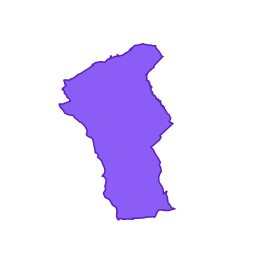 Davidesti, Arges, Romania (Mercator projection), rotated 298°
{"feature_id": "2599482B43743362823664", "entity_name": "Davidesti", "entity_type": "district", "adm_level": 2, "iso_a3": "ROU", "parent_name": "Romania", "parent_adm1": "Arges", "projection": "mercator", "projection_center": [25.041, 45.006], "detail": "fine", "context": "isolated", "style": "filled", "palette": "violet", "viewbox_px": 256, "rotation_deg": 298, "n_neighbors": 0, "source": "geoboundaries", "source_scale": "gbopen_adm2", "svg_char_len": 5776}
<svg xmlns="http://www.w3.org/2000/svg" viewBox="0 0 256 256"><g transform="rotate(298 128 128)"><path d="M78.5,207.0L78.5,205.7L78.1,204.8L78.0,203.6L79.1,202.3L80.6,199.3L80.9,198.3L81.6,197.8L83.2,196.7L83.9,196.1L84.7,195.8L86.7,193.7L87.4,192.7L90.2,192.0L89.9,191.5L88.9,191.2L87.9,190.7L86.8,190.4L86.6,190.1L87.6,189.6L90.0,188.0L90.8,187.2L91.7,186.2L92.2,185.5L93.1,183.6L94.1,182.3L94.5,181.2L95.4,180.4L97.0,179.3L99.7,177.9L100.8,177.9L103.1,177.5L104.3,177.7L104.7,177.8L105.0,177.9L105.3,177.8L107.1,176.3L108.2,175.7L108.5,175.3L109.5,173.6L110.2,173.1L113.1,172.5L113.5,172.0L114.0,170.8L115.3,169.4L116.4,167.0L117.0,166.0L117.0,165.7L117.4,164.9L117.7,164.7L118.8,163.2L119.2,162.5L119.8,161.8L121.1,159.7L121.3,159.3L121.3,158.8L121.3,158.3L121.5,157.6L121.7,157.2L132.0,161.4L135.3,161.5L135.3,161.4L135.5,161.3L135.7,160.8L136.0,160.3L136.0,159.7L153.0,165.5L153.0,165.2L153.0,164.8L153.1,163.8L152.8,162.8L152.9,162.3L153.0,161.5L156.8,161.1L157.9,159.4L158.6,158.7L159.2,157.6L159.2,157.1L159.1,156.6L159.1,156.3L159.4,155.5L159.7,155.1L160.1,154.8L161.4,152.6L161.7,152.3L161.8,151.5L162.4,150.9L162.6,150.7L162.8,150.6L163.3,150.1L163.1,149.7L163.5,149.6L163.5,149.4L163.2,149.3L163.1,148.9L163.6,148.6L164.0,148.6L164.1,148.4L164.1,148.1L164.0,147.9L163.5,147.7L164.0,147.0L163.8,146.5L164.1,146.1L164.9,146.1L165.0,145.9L165.1,145.4L165.5,145.1L165.6,144.9L165.5,144.7L165.6,144.3L165.9,144.3L166.4,144.4L166.5,143.8L166.5,143.7L166.7,143.8L166.8,144.0L167.0,144.1L167.2,143.2L166.6,142.7L166.3,142.3L166.3,141.8L166.5,141.8L166.8,141.7L166.7,141.6L167.2,141.2L167.3,141.3L167.5,141.3L167.7,140.7L167.2,140.2L166.9,139.7L167.0,139.4L167.2,138.9L167.6,138.9L168.0,138.6L168.3,138.2L168.8,137.1L169.3,136.6L169.2,136.3L168.8,135.8L168.8,135.6L168.8,135.3L169.1,135.0L169.3,134.3L169.5,134.0L170.0,133.9L170.0,133.7L169.6,133.2L169.9,133.0L170.7,133.0L171.2,132.8L171.4,132.5L171.4,132.3L171.4,131.5L171.4,131.1L171.6,130.8L171.8,130.5L173.0,130.2L173.3,130.0L173.4,129.7L173.8,129.4L174.2,129.3L174.5,129.7L174.9,129.9L175.3,129.8L175.7,129.4L175.8,129.0L175.2,128.0L175.4,127.6L176.3,127.5L176.7,127.2L176.4,126.7L177.1,126.3L177.6,125.8L178.0,125.9L178.4,125.7L178.4,124.7L179.2,124.1L179.0,123.9L178.7,123.7L178.7,123.3L178.8,123.0L178.9,122.7L178.8,122.4L178.9,122.1L179.3,122.2L179.5,122.2L180.1,121.4L180.4,121.2L180.8,121.3L182.4,120.3L182.6,119.9L183.0,119.8L183.4,119.5L183.4,119.0L183.6,118.7L183.8,118.7L183.9,118.9L183.9,119.3L184.1,119.7L184.3,119.9L184.8,119.6L185.7,119.5L186.0,119.5L187.1,119.9L187.3,119.7L187.7,119.7L188.0,119.8L188.1,120.1L188.3,120.2L190.6,121.2L190.8,120.8L191.2,121.0L192.2,121.6L193.6,122.4L194.5,122.1L195.4,122.1L195.8,121.9L207.5,125.2L207.4,124.2L207.6,123.4L208.0,122.8L209.1,121.4L210.5,118.7L210.8,117.6L211.2,116.9L211.7,115.2L212.2,114.6L213.1,114.2L213.6,113.8L213.5,113.3L212.9,112.8L212.4,111.6L212.2,110.8L212.1,110.0L211.1,107.8L210.1,105.1L210.0,104.4L209.4,102.4L209.3,101.5L208.7,100.8L207.7,100.0L206.0,98.1L204.6,96.0L203.9,95.1L203.1,94.7L200.8,94.3L200.5,93.7L200.0,93.9L199.3,93.3L199.1,93.8L198.5,94.0L198.5,93.1L196.1,92.6L194.2,91.5L193.3,90.8L192.2,90.2L191.3,89.8L191.0,89.8L189.9,89.1L188.2,87.3L187.1,85.9L187.8,84.6L187.7,84.1L186.1,84.8L185.4,83.7L185.1,83.0L184.5,82.3L183.0,81.4L182.1,80.7L183.6,79.3L183.6,79.0L182.4,79.2L181.2,79.3L180.5,79.2L179.8,78.4L178.7,77.6L176.8,77.3L174.7,76.0L174.2,73.5L173.7,72.7L172.9,71.8L171.8,70.1L171.0,69.5L170.7,69.1L170.6,68.9L170.2,68.4L169.9,68.3L169.4,68.2L168.0,67.2L167.1,66.9L166.9,67.8L166.0,67.3L166.0,67.0L162.3,65.4L153.4,60.3L152.4,59.5L152.1,59.4L152.2,59.1L151.9,58.7L150.1,58.2L147.3,56.9L146.1,56.1L144.1,54.3L143.1,53.7L142.5,53.6L141.4,51.1L141.4,50.9L141.1,50.2L140.4,49.2L140.1,49.0L137.9,51.1L137.1,51.7L136.7,53.3L135.7,53.0L132.4,51.8L132.1,52.4L131.3,51.9L131.0,53.1L130.8,53.5L130.6,54.3L130.4,54.9L130.1,55.2L129.1,55.3L128.5,56.6L128.4,57.3L128.0,58.6L127.6,58.6L127.2,58.9L126.5,60.2L126.3,60.8L126.4,61.4L126.3,62.2L125.9,63.0L125.1,63.5L124.8,64.0L124.8,64.3L124.6,64.5L118.2,58.8L117.8,57.5L116.8,56.1L115.5,57.2L115.1,57.6L114.7,58.4L114.2,59.3L113.8,61.2L112.9,62.9L111.5,65.3L111.7,68.5L112.7,71.9L113.2,73.1L113.2,73.6L113.1,74.3L112.6,75.4L112.2,75.8L111.8,76.7L111.7,78.5L111.5,79.4L110.7,82.0L110.7,82.6L110.8,84.0L110.8,84.5L110.5,85.6L110.1,86.8L109.9,87.9L109.0,89.7L106.7,93.0L106.1,93.5L105.3,93.8L103.0,94.1L102.3,94.9L102.1,95.5L101.9,97.7L102.2,100.2L101.9,101.2L101.5,102.0L99.3,104.1L98.6,104.7L96.2,106.6L93.2,109.1L90.8,110.8L91.2,112.0L91.1,112.9L90.7,113.7L89.7,114.4L87.9,115.0L87.7,116.6L87.2,118.1L86.8,119.6L86.6,120.2L85.0,121.8L82.9,124.4L82.0,125.7L80.7,126.9L78.9,128.0L76.9,128.4L73.5,127.8L73.7,128.4L73.8,129.4L73.0,131.7L72.7,132.0L72.5,132.6L72.1,132.9L70.2,133.8L69.5,134.0L68.4,134.4L67.6,134.6L66.4,134.7L66.1,134.9L65.4,135.3L64.4,136.2L63.1,137.1L59.8,136.9L59.2,136.9L58.4,137.3L57.8,138.3L56.8,139.3L56.6,139.9L56.1,140.4L55.9,141.0L55.9,141.3L56.2,141.9L56.3,143.0L56.0,143.3L56.0,143.7L56.2,144.9L55.7,145.6L55.6,146.1L55.1,146.6L55.0,147.0L54.3,148.4L53.7,148.8L53.5,149.4L53.3,149.6L53.0,150.1L53.0,150.4L52.8,150.7L52.6,151.2L52.7,151.8L52.5,152.2L52.5,153.1L52.6,153.5L52.3,154.7L51.9,155.0L51.1,156.1L50.6,156.4L50.0,157.0L49.5,157.1L48.5,157.6L47.9,158.0L47.7,158.3L47.3,158.4L46.5,158.5L46.1,158.6L44.9,159.4L44.0,159.9L42.9,161.2L42.4,162.8L42.5,163.0L43.2,162.9L43.7,162.8L44.2,163.1L44.4,163.3L44.7,164.7L44.8,165.3L45.7,167.7L47.2,169.8L50.1,175.6L50.9,175.1L51.4,176.0L53.4,179.8L53.6,180.1L54.4,181.3L54.9,182.4L56.7,184.8L57.7,185.7L57.6,185.9L58.5,187.0L59.1,187.9L59.7,189.3L59.9,189.3L61.8,192.5L61.6,193.1L62.9,193.7L66.0,193.3L69.4,193.4L71.0,194.8L71.7,197.4L74.0,202.4L78.5,207.0Z" fill="#8b5cf6" stroke="#5b21b6" stroke-width="1.5"/></g></svg>